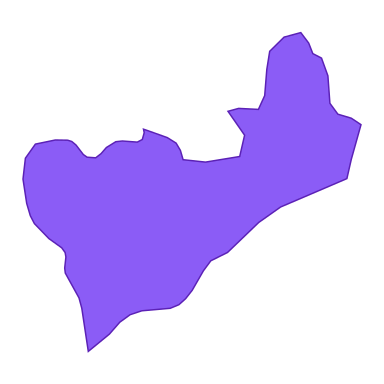 map outline of Cova Lima (Natural Earth projection)
{"feature_id": "TLS-548", "entity_name": "Cova Lima", "entity_type": "District", "adm_level": 1, "iso_a3": "TLS", "parent_name": "East Timor", "parent_adm1": "", "projection": "natural_earth1", "projection_center": [125.199, -9.26], "detail": "fine", "context": "isolated", "style": "filled", "palette": "violet", "viewbox_px": 384, "rotation_deg": 0, "n_neighbors": 0, "source": "natural_earth", "source_scale": "10m", "svg_char_len": 952}
<svg xmlns="http://www.w3.org/2000/svg" viewBox="0 0 384 384"><path d="M137.3,142.1L142.3,139.5L144.2,132.7L143.5,129.2L146.8,130.3L167.3,137.6L176.1,143.1L180.4,150.4L183.1,159.7L205.5,162.1L239.7,156.5L244.6,135.2L228.0,111.3L238.6,108.4L258.4,109.4L264.7,95.6L266.8,69.5L269.7,51.3L284.1,37.1L300.0,32.8L300.8,32.6L308.7,43.1L312.8,53.6L321.5,58.1L327.9,75.8L329.9,103.3L337.9,114.2L351.3,118.2L361.0,124.7L351.3,159.3L346.9,178.6L280.6,207.0L258.8,222.4L227.6,252.4L210.8,260.8L203.4,270.8L192.2,290.3L185.6,298.7L178.9,304.7L170.2,308.3L141.8,310.8L130.1,314.7L119.8,322.2L109.4,334.1L88.3,351.4L81.8,308.3L79.0,297.9L65.3,273.1L64.7,268.1L65.9,257.0L65.1,252.5L61.7,247.8L48.9,238.6L34.4,223.6L30.3,215.7L26.7,203.4L23.0,179.1L25.4,158.2L35.4,144.1L55.3,140.0L67.7,140.2L71.8,141.5L76.0,145.0L83.3,154.5L87.1,157.2L95.7,157.8L101.0,153.7L106.4,147.5L115.8,141.7L122.4,141.0L137.3,142.1Z" fill="#8b5cf6" stroke="#5b21b6" stroke-width="1.5"/></svg>